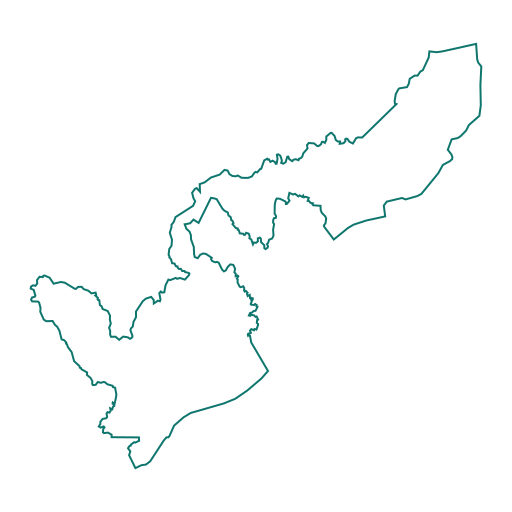 Macapá, Amapá, Brazil (Robinson projection)
{"feature_id": "56859067B47097843111479", "entity_name": "Macapá", "entity_type": "district", "adm_level": 2, "iso_a3": "BRA", "parent_name": "Brazil", "parent_adm1": "Amapá", "projection": "robinson", "projection_center": [-50.803, 0.571], "detail": "fine", "context": "isolated", "style": "outline", "palette": "teal", "viewbox_px": 512, "rotation_deg": 0, "n_neighbors": 0, "source": "geoboundaries", "source_scale": "gbopen_adm2", "svg_char_len": 6041}
<svg xmlns="http://www.w3.org/2000/svg" viewBox="0 0 512 512"><path d="M268.0,371.0L251.2,342.4L250.0,335.7L249.2,335.1L248.1,335.8L247.8,334.9L248.1,333.8L250.9,332.9L250.0,330.7L251.3,329.1L253.9,330.3L254.5,329.0L256.4,329.6L258.0,325.2L258.1,324.1L256.8,322.9L257.1,320.0L258.1,319.6L256.6,316.5L255.6,316.9L254.1,315.4L250.9,314.7L250.3,315.8L248.9,315.5L250.1,313.0L252.1,312.5L253.6,311.0L255.5,310.8L257.5,306.8L256.4,306.1L256.7,305.1L255.1,304.0L254.1,305.0L251.2,304.7L250.7,304.0L251.8,301.1L251.4,300.3L252.5,300.0L252.8,298.4L251.8,298.0L251.3,299.0L250.1,298.3L249.7,294.9L247.7,296.0L247.0,293.8L247.6,292.7L245.9,290.9L244.8,291.6L244.1,290.5L244.2,287.9L243.2,286.3L241.0,287.2L239.7,286.7L237.5,282.4L237.7,279.6L236.9,278.7L238.3,276.2L237.6,275.5L235.7,276.2L235.8,273.9L234.4,272.3L235.1,268.7L233.3,264.9L230.3,264.4L227.8,266.8L225.8,270.4L223.9,271.4L222.1,269.6L218.7,262.7L216.9,261.9L215.1,262.3L212.0,260.9L211.0,259.0L211.8,257.8L205.9,253.9L203.1,253.5L200.2,254.8L197.7,258.2L194.8,257.1L194.1,254.2L193.8,247.0L191.0,239.2L190.9,235.2L189.5,231.6L186.4,228.8L184.7,224.3L190.1,223.3L193.5,219.6L198.6,222.9L211.0,197.8L215.1,198.6L216.7,199.2L222.3,208.5L224.4,210.7L227.8,212.5L228.5,215.5L230.7,217.1L231.3,220.2L232.4,220.7L233.5,223.1L232.5,224.1L235.8,228.0L237.8,228.5L237.7,229.7L238.8,230.2L239.8,233.4L243.1,233.7L244.0,234.9L244.9,234.9L246.1,232.8L248.8,233.7L249.7,236.4L249.4,238.3L251.3,239.5L253.0,244.4L253.9,242.5L256.2,242.8L257.9,241.3L257.8,238.4L259.8,237.6L260.8,238.6L261.1,242.2L264.3,245.2L264.3,248.1L265.5,249.1L267.6,247.7L268.0,246.3L267.0,244.0L268.1,242.9L269.1,239.7L272.1,238.5L273.5,235.7L273.1,229.7L274.1,224.1L273.1,222.6L273.2,220.0L274.0,218.1L275.8,217.9L276.1,216.2L274.6,213.4L274.8,204.3L275.7,200.4L276.7,198.5L280.0,198.8L284.9,201.2L285.9,202.2L285.9,204.0L286.9,203.9L289.5,200.7L288.2,198.3L289.4,192.9L293.1,194.5L295.0,193.8L298.4,196.4L299.5,195.4L302.3,196.9L303.2,195.6L304.0,197.3L305.8,196.8L308.8,197.9L307.7,200.9L309.1,201.1L310.3,202.7L312.9,203.3L312.4,204.2L313.2,205.3L320.5,205.8L320.7,210.0L321.7,212.7L325.3,216.4L326.2,218.6L325.5,223.3L323.9,225.4L324.3,226.9L333.8,239.5L348.1,227.9L353.5,224.7L366.3,220.5L385.2,216.4L383.8,205.6L386.8,201.6L402.0,198.0L405.6,199.4L417.2,196.1L421.3,194.0L438.3,173.2L442.9,164.9L449.8,161.2L452.1,159.2L452.4,157.1L451.4,154.4L447.8,149.8L451.6,139.4L457.8,138.0L460.7,136.1L466.1,130.6L468.9,125.0L479.4,115.8L480.8,105.2L480.4,84.9L481.3,66.5L478.1,62.4L477.2,59.3L476.1,43.9L442.3,51.4L436.8,52.2L429.4,51.4L428.7,57.6L422.8,70.2L420.3,71.6L417.6,75.6L414.6,75.6L409.7,78.8L408.8,83.8L407.0,87.1L399.2,88.4L398.4,89.2L395.8,94.0L394.6,101.2L395.0,103.7L396.4,104.1L362.2,137.5L357.9,137.4L356.1,138.2L352.9,143.5L349.5,141.8L347.4,138.9L346.3,138.6L345.2,139.2L345.4,141.1L343.6,143.2L339.7,143.8L340.1,141.5L337.9,141.5L335.8,140.0L334.6,136.0L331.6,132.8L330.6,132.9L326.3,136.5L326.3,139.9L324.9,142.9L323.0,141.7L321.9,142.0L320.9,144.4L318.5,146.1L317.2,146.0L314.1,143.4L308.7,143.0L307.0,145.1L307.5,148.5L303.3,153.3L302.2,156.7L300.7,158.2L299.0,158.7L298.5,160.2L295.6,159.2L293.4,159.8L292.2,161.2L289.2,159.1L288.3,156.6L287.3,156.7L285.6,162.2L283.2,163.7L281.2,162.9L281.9,160.8L281.1,157.8L280.2,155.6L278.2,154.3L276.9,154.7L277.5,158.9L276.6,163.7L275.7,163.8L275.0,162.1L272.6,160.7L270.4,161.9L268.9,159.3L267.8,159.6L267.2,158.7L264.2,160.4L261.2,168.8L260.3,168.9L257.2,172.4L255.6,171.9L254.3,172.9L251.9,176.4L248.1,177.9L241.6,177.8L237.8,175.5L235.9,176.3L232.4,176.0L229.4,174.1L227.7,170.6L224.5,169.9L219.7,174.6L211.0,177.5L204.6,182.4L199.7,184.1L200.0,191.8L196.7,188.1L195.0,188.8L192.1,192.8L193.5,198.3L195.2,201.3L193.0,205.9L175.5,217.1L173.7,222.1L171.5,224.7L171.5,227.1L169.8,232.7L172.0,239.8L171.5,245.8L169.3,248.9L168.6,254.8L169.5,256.3L169.3,257.3L171.0,259.2L172.1,263.2L174.5,263.5L175.8,266.1L177.5,266.4L177.6,267.6L179.0,269.0L180.8,268.8L182.2,271.0L184.5,271.0L185.0,272.0L188.9,273.0L189.4,273.8L188.9,275.2L184.9,279.6L180.0,278.0L177.1,278.8L175.8,277.9L170.2,280.1L168.4,279.6L165.5,285.3L164.3,292.3L162.0,292.6L160.8,291.5L159.3,293.1L160.5,299.7L159.9,301.3L157.9,300.7L153.8,303.5L153.7,300.0L151.2,296.9L145.9,298.6L142.8,301.2L136.0,311.5L136.0,317.2L133.5,321.9L132.8,326.5L130.9,328.5L130.4,330.3L132.4,335.7L132.4,337.0L130.9,338.4L129.9,338.8L127.8,337.3L123.2,336.6L119.2,339.8L115.5,336.7L111.0,336.8L110.1,334.6L110.2,330.9L109.1,327.8L110.8,323.5L109.9,319.8L110.0,315.6L107.7,311.0L102.6,309.0L101.7,306.3L99.9,305.1L99.3,300.2L98.2,300.1L97.5,299.1L97.9,297.9L95.3,295.5L96.2,295.0L95.6,292.6L91.5,293.4L88.3,290.7L83.6,289.1L81.7,286.8L78.1,286.9L75.9,288.9L74.8,288.8L64.8,282.7L60.8,282.0L53.6,283.7L49.6,277.7L44.5,275.5L43.3,275.8L42.8,277.1L39.5,276.8L37.0,280.1L37.2,283.5L35.5,285.8L33.1,285.3L31.0,286.6L30.7,288.6L33.7,289.9L35.4,295.7L34.7,296.8L32.0,297.5L31.1,299.6L31.5,300.6L32.2,301.4L38.2,301.6L39.1,302.6L40.5,307.8L40.3,311.8L43.7,319.5L46.2,321.2L52.6,321.0L55.0,324.9L57.1,326.6L59.4,330.7L61.6,339.4L64.0,340.1L66.3,342.5L66.0,343.6L66.9,344.2L67.9,347.1L71.7,352.2L74.1,361.2L79.5,366.1L79.8,367.7L81.0,368.0L81.5,369.3L87.1,372.4L86.9,374.9L90.5,377.9L92.3,381.0L92.2,383.9L92.9,385.1L95.7,384.8L97.8,382.0L100.7,382.8L103.6,382.0L104.9,382.2L107.4,384.3L112.7,385.8L112.9,387.1L115.1,387.7L116.4,394.7L115.7,398.8L114.6,403.7L112.8,402.5L112.6,403.7L114.4,404.8L114.3,405.9L113.2,406.4L112.2,409.3L110.2,408.3L110.7,410.8L109.3,412.7L107.6,412.1L106.6,413.3L107.1,417.1L106.1,418.3L102.6,418.9L100.4,421.7L100.4,423.9L98.8,426.5L100.7,427.6L103.6,426.4L104.5,427.3L103.2,429.1L103.0,432.4L104.0,433.1L108.0,432.6L111.6,434.7L111.6,437.2L138.9,437.4L139.1,440.8L135.2,442.6L134.2,442.2L130.9,444.6L130.7,445.7L129.5,446.0L128.0,448.2L130.3,451.4L129.1,455.2L135.4,468.1L141.4,465.2L145.9,464.6L150.2,461.3L163.7,440.6L166.5,437.3L168.4,437.3L169.4,436.1L174.1,425.6L183.6,417.3L190.6,413.0L223.6,403.5L235.2,398.8L247.3,390.5L261.4,378.5L268.0,371.0Z" fill="none" stroke="#0f766e" stroke-width="2"/></svg>